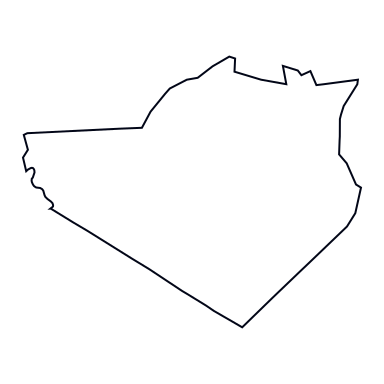 outline of Orange, New York, United States of America
{"feature_id": "52423323B72877265814635", "entity_name": "Orange", "entity_type": "district", "adm_level": 2, "iso_a3": "USA", "parent_name": "United States of America", "parent_adm1": "New York", "projection": "orthographic", "projection_center": [-74.423, 41.388], "detail": "fine", "context": "isolated", "style": "outline", "palette": "ink", "viewbox_px": 384, "rotation_deg": 0, "n_neighbors": 0, "source": "geoboundaries", "source_scale": "gbopen_adm2", "svg_char_len": 1044}
<svg xmlns="http://www.w3.org/2000/svg" viewBox="0 0 384 384"><path d="M346.7,163.3L339.1,154.4L339.6,140.3L339.8,136.6L339.9,119.0L341.0,114.6L343.7,106.0L357.3,84.3L357.9,79.7L323.2,84.3L316.4,85.1L310.4,71.1L301.4,75.2L297.8,70.5L282.9,65.9L286.3,84.2L261.1,79.7L234.5,71.7L235.1,58.5L229.3,56.6L212.6,66.3L197.7,77.8L186.8,79.7L169.8,88.5L165.2,93.7L150.6,111.6L141.9,127.8L119.5,128.7L27.3,133.2L23.8,134.9L27.9,149.8L23.0,157.6L26.2,171.2L26.3,171.1L27.9,169.6L30.7,168.1L31.9,167.8L33.0,168.1L33.7,168.9L34.2,169.9L34.4,170.8L34.5,172.5L32.8,177.6L31.8,178.7L31.6,180.7L31.9,182.2L32.9,184.4L33.9,185.9L34.9,186.7L36.2,187.5L40.2,188.0L42.2,189.2L43.3,190.7L44.5,195.0L45.3,196.8L47.4,198.9L50.9,201.5L52.5,203.2L53.1,205.1L53.0,206.4L52.5,207.0L50.3,208.7L50.9,208.7L73.0,222.3L87.2,230.7L131.9,258.6L149.3,269.2L182.0,290.9L186.9,293.8L206.1,305.6L214.0,311.0L223.2,316.3L242.2,327.3L272.3,298.0L298.4,273.0L310.6,261.4L347.0,226.5L355.3,213.2L361.0,187.6L356.0,184.5L346.7,163.3Z" fill="none" stroke="#020617" stroke-width="2"/></svg>